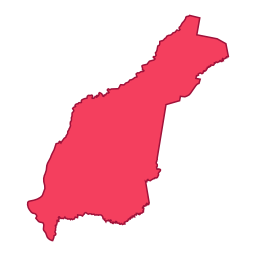 outline of Esquina, Corrientes, Argentina
{"feature_id": "61730980B30976551851614", "entity_name": "Esquina", "entity_type": "district", "adm_level": 2, "iso_a3": "ARG", "parent_name": "Argentina", "parent_adm1": "Corrientes", "projection": "albers", "projection_center": [-59.269, -29.952], "detail": "fine", "context": "isolated", "style": "filled", "palette": "rose", "viewbox_px": 256, "rotation_deg": 0, "n_neighbors": 0, "source": "geoboundaries", "source_scale": "gbopen_adm2", "svg_char_len": 5763}
<svg xmlns="http://www.w3.org/2000/svg" viewBox="0 0 256 256"><path d="M189.6,15.4L188.5,16.3L187.0,16.4L185.9,17.1L185.5,18.8L184.1,21.0L182.2,23.1L180.4,26.4L179.3,27.2L179.1,27.9L179.2,28.4L180.0,29.5L179.4,30.3L178.4,30.5L176.9,30.0L175.0,32.3L172.9,32.9L172.1,34.0L170.6,35.1L168.4,35.4L166.7,36.3L166.1,37.7L164.7,38.6L163.5,40.1L162.2,40.8L161.7,40.8L159.8,41.4L159.7,44.1L159.3,45.2L157.9,45.9L157.7,46.4L157.0,50.2L156.2,52.1L155.5,52.6L155.6,53.7L156.1,55.2L155.4,56.3L154.9,56.6L153.5,56.6L153.3,56.9L153.3,57.3L153.5,57.7L154.9,58.6L154.8,59.3L153.6,60.1L149.4,61.2L147.0,64.3L143.0,65.2L142.0,65.8L142.0,66.6L142.5,68.0L142.5,69.7L143.9,70.5L143.9,70.9L143.1,71.5L141.1,71.6L139.0,72.9L137.7,72.8L136.5,73.5L136.2,73.8L136.2,74.5L136.8,76.1L136.9,76.9L134.7,77.6L133.2,78.8L131.8,79.6L129.7,80.1L128.5,82.0L125.5,83.2L124.4,84.6L123.6,84.9L120.7,84.7L120.1,85.4L119.2,87.5L118.2,88.7L111.3,89.0L110.0,89.7L109.6,89.7L108.9,89.1L108.5,88.9L107.6,89.3L107.3,90.0L107.5,90.5L107.9,90.7L108.4,91.8L109.0,92.4L108.9,92.7L108.5,93.0L106.7,93.2L105.6,94.9L104.2,95.0L103.8,96.4L103.1,96.3L101.6,93.7L99.7,92.6L98.9,93.2L98.9,94.1L99.1,94.6L98.5,95.4L98.4,95.8L97.9,96.0L97.2,95.3L96.8,95.5L97.0,96.9L96.7,97.2L95.7,96.4L95.2,96.4L94.7,97.3L94.2,97.5L93.9,98.3L92.2,98.3L92.1,97.7L92.6,96.2L92.3,95.4L91.7,95.1L90.0,95.5L88.9,95.3L88.1,95.5L87.3,96.3L86.9,98.2L84.3,98.7L81.9,99.8L81.3,100.8L81.4,102.4L81.0,102.6L78.9,102.7L78.4,103.1L78.1,103.7L77.0,103.8L75.5,104.5L75.0,105.6L75.5,106.6L73.9,107.2L72.7,108.3L72.6,108.6L73.7,110.3L73.8,110.8L73.6,111.3L72.1,113.0L72.0,116.1L71.3,118.0L71.5,119.0L71.3,120.8L70.3,122.1L70.5,122.4L70.2,123.7L70.5,125.8L69.8,127.8L69.1,128.8L69.0,129.6L67.8,131.4L67.6,133.8L66.2,135.7L65.9,137.1L64.1,138.4L61.4,142.1L60.9,143.1L60.4,142.5L60.2,141.6L59.7,141.3L59.1,141.7L58.9,142.8L58.7,143.1L56.1,143.7L54.1,149.8L52.1,153.7L51.1,156.0L50.5,157.8L47.6,163.2L46.8,165.6L46.3,170.2L45.0,174.2L44.4,175.4L43.7,178.4L43.8,181.7L44.7,185.4L44.9,188.6L42.7,194.6L42.2,195.7L40.4,197.4L37.3,199.1L34.0,200.2L29.6,201.1L28.5,201.5L27.8,202.3L27.6,204.8L28.3,207.7L29.4,209.7L31.4,212.3L32.9,213.2L34.5,213.5L35.6,214.0L36.7,215.6L36.8,216.2L35.8,218.2L38.6,221.5L39.9,222.1L42.8,222.7L43.5,223.8L43.8,225.0L43.4,229.1L43.7,230.3L45.7,232.9L47.2,237.0L48.3,238.4L49.7,239.5L52.1,240.6L52.7,240.6L53.8,237.7L54.1,235.6L55.0,235.3L55.7,234.7L55.8,233.5L54.9,232.0L55.0,231.4L55.6,230.3L55.5,228.6L56.0,226.8L55.5,226.3L55.4,225.6L55.7,225.2L56.5,225.1L57.1,222.7L57.1,220.4L57.9,220.2L58.6,221.4L58.9,221.2L58.5,220.1L59.1,219.0L58.4,217.5L58.7,216.9L59.4,216.8L60.1,217.8L61.0,218.5L61.9,218.3L63.6,218.6L64.9,217.1L65.6,218.2L66.0,218.5L67.0,218.5L67.6,219.1L69.6,218.9L70.6,219.7L71.2,218.9L71.6,218.9L72.6,219.6L73.4,219.1L74.3,219.0L75.2,217.1L77.5,217.7L77.8,216.1L77.7,214.9L78.6,215.1L80.9,215.2L82.5,216.0L83.7,214.4L84.2,214.1L84.5,213.2L85.9,212.6L87.7,213.9L88.4,214.2L89.5,213.7L91.3,213.9L91.7,214.4L94.1,214.2L94.9,215.1L95.6,214.9L96.3,215.0L96.7,214.7L97.5,215.0L98.1,214.9L98.4,215.2L99.2,214.9L100.9,214.9L101.8,215.5L102.7,216.7L103.1,218.7L103.9,219.2L104.7,219.1L104.5,220.1L105.1,220.5L105.9,221.8L106.2,221.0L106.8,220.7L107.3,220.8L108.3,220.2L108.8,220.9L109.3,221.0L109.9,220.2L110.5,220.0L111.1,220.3L111.2,220.7L110.2,221.5L110.4,222.2L110.7,222.5L112.2,222.8L112.7,223.4L113.1,223.5L113.3,223.2L113.2,222.7L112.7,222.4L112.9,222.1L113.7,222.3L113.8,222.7L114.7,222.6L115.3,223.0L115.9,223.0L115.9,222.7L115.5,222.5L115.4,221.9L115.9,221.4L116.6,221.7L117.2,222.8L117.7,223.2L119.2,223.2L119.5,224.1L120.5,224.2L121.1,223.6L121.4,223.5L122.4,224.5L123.7,224.0L124.9,224.0L124.8,223.4L124.3,222.9L124.4,222.3L126.0,221.7L126.6,221.1L127.5,221.2L127.7,220.2L128.6,220.0L128.6,219.2L128.9,219.3L129.5,218.7L130.3,219.0L130.5,218.5L130.0,218.6L129.9,218.3L130.4,218.0L130.3,217.5L130.5,217.3L131.0,217.4L131.2,217.9L132.1,217.7L132.1,216.2L132.9,216.0L133.2,216.6L133.8,216.7L134.0,216.9L134.6,216.8L134.1,216.1L134.1,215.7L134.9,214.8L136.2,215.0L136.3,213.4L137.9,213.5L138.1,214.2L138.4,214.1L139.1,214.5L139.3,213.9L140.0,214.1L140.0,213.4L142.0,213.0L142.1,212.8L143.4,211.9L143.0,211.0L143.5,210.8L143.5,210.0L143.8,208.7L142.5,207.9L142.6,207.5L143.5,207.2L143.3,206.4L143.6,205.9L144.0,205.8L144.0,206.1L144.5,206.2L146.1,205.6L146.0,205.0L146.2,204.8L146.0,204.4L146.7,203.6L146.9,204.3L147.7,203.8L147.7,204.7L148.7,204.5L148.8,204.0L148.4,203.8L149.2,203.0L145.6,181.7L145.8,181.9L146.8,181.8L146.9,180.8L147.2,180.6L147.1,180.2L147.7,179.5L148.0,179.5L148.1,179.9L148.6,180.4L150.4,180.7L151.3,179.9L153.3,178.8L154.3,178.6L154.2,178.3L154.4,178.1L155.2,177.8L156.0,178.0L156.2,177.7L156.9,177.7L157.3,177.5L158.6,174.9L158.3,173.6L158.7,172.7L160.4,170.7L160.4,169.6L159.6,169.1L158.8,169.3L158.3,168.9L157.2,169.3L157.0,169.2L156.5,167.0L157.1,166.6L157.3,165.8L157.2,164.4L156.4,163.7L156.2,162.4L156.3,161.9L156.7,161.5L156.7,160.8L157.2,159.7L157.2,158.1L166.0,104.6L179.6,100.7L180.4,96.3L184.9,96.8L186.8,96.1L189.0,94.9L190.4,93.4L195.9,85.5L197.4,84.0L199.0,83.4L200.2,79.2L195.9,78.4L196.5,75.6L197.4,75.7L198.5,75.1L198.2,74.1L199.3,73.3L200.4,73.0L201.9,73.7L202.1,73.4L202.9,73.2L203.5,71.3L204.1,70.7L204.4,70.7L204.7,71.3L205.9,70.5L206.4,69.8L206.3,69.1L207.2,68.7L207.3,67.4L208.8,67.3L208.6,66.7L208.9,66.3L210.5,66.4L210.8,65.9L210.7,65.2L211.0,65.0L213.1,65.3L213.8,64.9L214.3,63.8L214.8,63.3L214.6,62.8L215.6,62.9L216.1,62.0L217.6,62.5L218.9,61.6L219.7,61.6L219.9,60.6L220.1,60.5L221.4,61.5L221.9,61.5L222.4,60.8L223.3,60.7L223.2,60.4L222.2,59.9L222.4,58.9L222.7,58.6L223.0,59.2L223.7,59.1L225.1,58.5L225.8,57.7L226.6,57.8L226.6,56.8L228.0,56.9L228.4,56.6L225.9,43.7L217.2,38.8L196.8,34.8L199.8,17.9L189.6,15.4Z" fill="#f43f5e" stroke="#9f1239" stroke-width="1.5"/></svg>